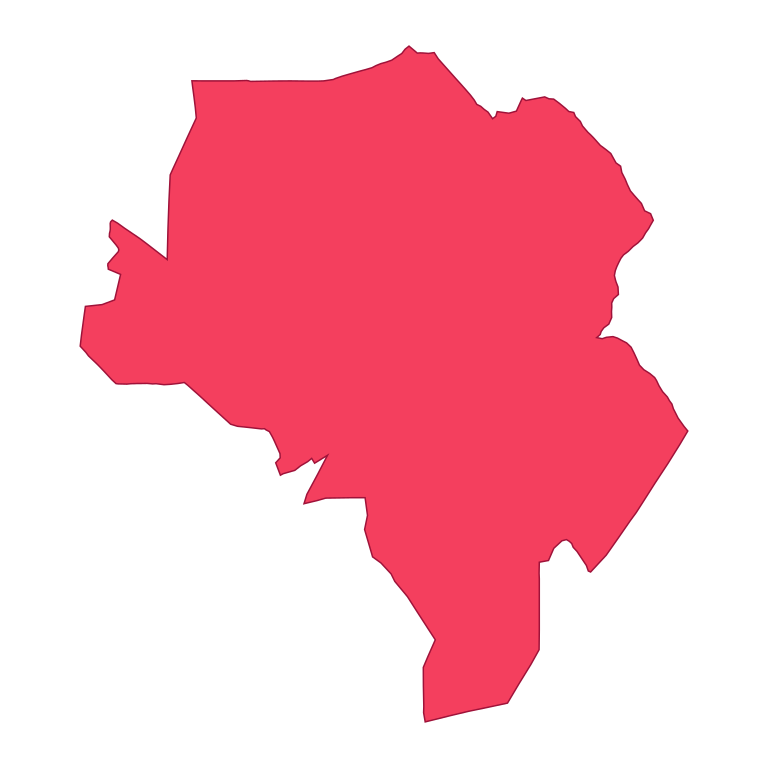 outline of Eldama Ravine, Rift Valley, Kenya
{"feature_id": "3690345B15109287371985", "entity_name": "Eldama Ravine", "entity_type": "district", "adm_level": 2, "iso_a3": "KEN", "parent_name": "Kenya", "parent_adm1": "Rift Valley", "projection": "mercator", "projection_center": [35.716, -0.006], "detail": "fine", "context": "isolated", "style": "filled", "palette": "rose", "viewbox_px": 768, "rotation_deg": 0, "n_neighbors": 0, "source": "geoboundaries", "source_scale": "gbopen_adm2", "svg_char_len": 3500}
<svg xmlns="http://www.w3.org/2000/svg" viewBox="0 0 768 768"><path d="M112.3,220.1L110.6,221.9L110.2,223.5L110.3,227.7L110.3,229.1L110.1,230.9L109.5,233.3L109.3,236.8L116.1,245.0L118.3,248.0L118.8,250.0L118.3,251.7L112.7,258.0L107.9,263.7L107.8,265.7L108.2,267.7L108.3,269.2L120.6,274.4L114.6,299.9L102.1,304.6L85.4,306.4L84.0,316.4L81.5,334.9L80.2,346.2L85.9,352.4L88.5,355.9L97.6,364.6L102.9,370.1L107.3,374.8L111.8,379.7L116.0,383.6L118.2,383.9L126.9,384.1L131.0,383.7L135.3,383.6L136.9,383.5L140.7,383.5L147.2,383.4L152.6,383.9L156.1,383.7L164.0,384.7L170.5,384.3L177.9,383.5L184.3,382.5L187.7,385.2L192.6,389.6L199.8,396.0L206.4,402.1L214.8,409.8L223.7,417.9L230.6,424.2L237.5,426.3L242.4,426.8L244.5,427.0L251.9,427.8L257.9,428.5L259.6,428.7L261.7,428.9L264.5,428.7L265.9,429.8L269.4,431.6L272.6,437.3L274.3,440.9L277.3,447.6L280.0,453.6L280.2,457.8L275.7,462.8L280.4,475.2L283.2,473.7L294.9,470.3L300.6,465.8L307.6,461.7L311.7,458.4L314.6,463.2L327.5,455.3L317.7,474.2L306.9,494.3L304.0,503.7L317.0,500.6L325.8,498.1L352.6,497.7L365.1,497.7L367.5,515.4L364.6,529.5L370.1,548.3L372.6,556.9L380.9,562.9L391.1,573.9L394.8,581.4L407.5,596.7L417.6,612.5L428.4,629.2L435.3,639.8L427.7,657.0L423.3,667.4L423.4,685.8L423.8,706.7L423.6,712.7L425.2,721.9L450.5,715.6L468.6,711.3L489.8,706.9L507.5,703.1L518.9,683.9L530.9,664.4L539.1,649.7L539.3,630.0L539.3,611.3L539.3,592.4L539.3,578.7L539.1,573.4L539.3,562.2L548.5,560.5L553.8,548.3L561.9,540.8L566.4,539.6L567.8,540.4L569.0,541.1L571.7,543.5L573.2,547.3L577.0,551.4L581.0,557.4L586.4,565.5L588.3,571.0L590.6,572.0L606.2,555.2L618.7,537.4L630.4,520.5L636.2,512.6L642.7,502.5L654.9,483.3L667.8,463.7L679.8,444.5L687.8,431.0L684.1,426.5L679.8,420.5L678.1,418.1L675.7,413.3L673.4,408.8L671.9,404.0L669.5,400.8L667.4,397.0L662.6,391.7L659.0,385.8L656.5,380.5L654.7,377.6L649.8,373.5L643.8,369.7L639.5,365.2L636.9,359.2L634.0,352.9L631.1,347.2L626.6,342.9L622.7,340.9L617.5,338.1L613.0,336.6L606.4,337.3L602.2,338.7L596.7,337.6L600.2,334.5L601.2,331.4L603.8,327.8L608.8,324.1L611.7,317.5L611.5,311.5L611.8,307.2L611.7,303.0L613.7,298.6L618.4,294.5L618.0,287.0L616.0,281.8L615.5,280.1L614.4,275.5L615.3,270.7L616.8,266.7L618.7,262.6L620.9,258.3L623.5,254.9L628.3,251.3L633.1,246.5L637.9,242.9L642.6,238.1L645.6,232.8L647.8,229.8L648.6,228.7L650.1,225.9L651.3,223.8L653.3,220.3L650.6,213.7L644.6,210.8L641.4,203.4L638.1,199.8L634.3,195.5L630.4,190.9L627.3,184.4L625.2,179.2L621.8,172.5L620.6,166.2L616.0,162.9L613.6,158.6L610.8,153.5L605.7,149.4L600.3,145.4L597.1,141.8L593.8,138.1L590.9,135.1L587.8,132.2L582.5,126.0L580.3,121.4L575.5,116.6L573.8,112.5L568.8,111.5L565.5,108.4L559.7,103.6L553.7,99.1L549.0,98.8L544.7,96.9L525.9,100.5L522.4,98.1L521.3,100.3L516.4,111.1L508.9,113.2L497.2,111.6L495.8,116.3L492.6,118.7L488.0,112.1L484.2,109.4L480.7,106.3L476.8,104.4L474.2,100.0L470.6,95.3L466.8,90.9L460.7,84.0L455.9,78.7L450.2,72.3L443.7,65.0L438.2,58.8L434.2,52.6L428.6,53.4L423.2,53.0L420.2,52.9L417.3,53.1L409.0,46.1L405.1,49.2L401.8,53.5L397.9,56.0L391.7,60.2L386.0,62.2L380.9,63.6L376.0,65.6L372.0,67.7L365.6,69.6L360.3,71.0L350.7,73.7L342.4,76.1L335.4,78.5L333.3,79.5L323.7,80.9L317.4,81.1L309.0,81.1L290.3,80.9L275.4,81.0L250.6,81.4L248.5,80.8L246.7,80.5L234.0,80.9L220.8,80.9L202.9,80.9L191.9,80.8L192.6,86.6L194.0,97.0L195.3,107.5L196.3,118.0L187.3,137.4L179.2,155.2L172.7,169.3L170.2,174.9L169.0,200.0L168.0,227.9L167.2,259.6L146.8,243.8L139.6,238.4L124.7,228.3L117.5,223.1L112.3,220.1Z" fill="#f43f5e" stroke="#9f1239" stroke-width="1.5"/></svg>